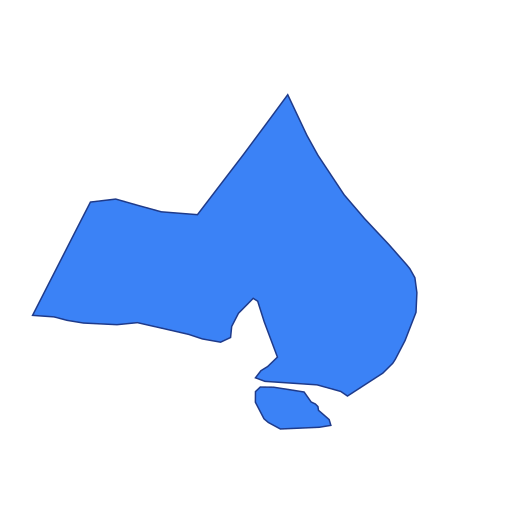 map outline of Kuwait (Equal Earth projection), rotated 118°
{"feature_id": "KWT", "entity_name": "Kuwait", "entity_type": "country or territory", "adm_level": 0, "iso_a3": "KWT", "parent_name": "Asia", "parent_adm1": "", "projection": "equal_earth", "projection_center": [47.815, 29.315], "detail": "fine", "context": "isolated", "style": "filled", "palette": "blue", "viewbox_px": 512, "rotation_deg": 118, "n_neighbors": 0, "source": "natural_earth", "source_scale": "50m", "svg_char_len": 969}
<svg xmlns="http://www.w3.org/2000/svg" viewBox="0 0 512 512"><g transform="rotate(118 256 256)"><path d="M413.3,425.4L384.7,425.9L348.5,426.5L319.2,427.0L286.1,427.5L271.6,406.6L266.7,383.8L261.5,360.5L247.0,327.1L198.6,319.1L172.8,314.8L130.5,308.4L98.7,303.7L125.5,267.8L138.0,248.6L160.6,206.9L172.2,177.3L183.4,144.4L193.0,118.9L195.0,114.2L200.6,105.5L212.9,96.7L230.6,88.3L260.7,84.7L281.8,84.5L286.5,84.9L299.8,89.0L336.7,109.5L335.8,117.6L341.1,141.6L352.9,167.9L362.5,189.3L363.8,199.3L354.9,197.8L348.1,193.8L335.2,189.6L310.2,217.9L295.1,233.3L294.7,238.6L314.8,244.6L329.6,244.4L339.9,240.2L348.7,246.8L354.4,264.4L356.8,278.6L370.5,329.4L381.9,346.5L396.2,376.9L401.5,392.6L404.6,405.8L413.3,425.4ZM385.4,187.9L376.0,192.8L369.7,190.7L363.6,178.9L353.5,149.7L359.0,138.8L358.8,134.1L359.9,130.6L362.9,128.4L366.1,114.6L370.4,110.4L377.5,119.7L397.3,153.3L397.2,167.0L396.0,172.5L385.4,187.9Z" fill="#3b82f6" stroke="#1e3a8a" stroke-width="1.5"/></g></svg>